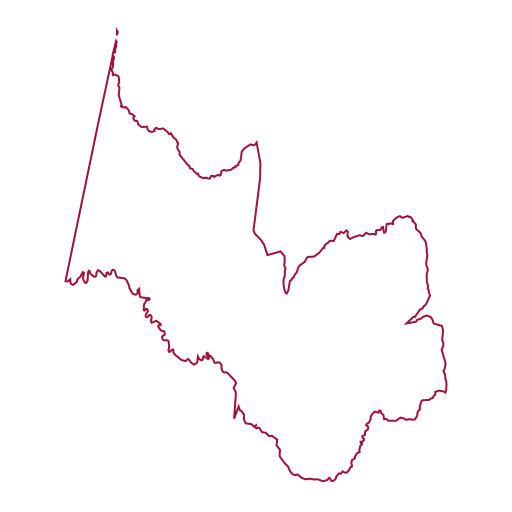 Coxim, Mato Grosso do Sul, Brazil (Equal Earth projection)
{"feature_id": "56859067B2559319027798", "entity_name": "Coxim", "entity_type": "district", "adm_level": 2, "iso_a3": "BRA", "parent_name": "Brazil", "parent_adm1": "Mato Grosso do Sul", "projection": "equal_earth", "projection_center": [-54.652, -18.188], "detail": "fine", "context": "isolated", "style": "outline", "palette": "rose", "viewbox_px": 512, "rotation_deg": 0, "n_neighbors": 0, "source": "geoboundaries", "source_scale": "gbopen_adm2", "svg_char_len": 6072}
<svg xmlns="http://www.w3.org/2000/svg" viewBox="0 0 512 512"><path d="M407.7,216.0L402.4,217.8L400.0,216.2L399.0,216.4L396.5,217.7L392.8,221.2L393.1,224.1L390.8,223.3L388.9,224.0L387.4,223.7L386.6,224.4L385.8,231.4L385.1,232.5L383.9,232.5L383.0,227.0L381.8,227.3L380.4,230.0L376.6,230.2L375.9,231.3L376.2,233.4L375.6,234.6L373.3,233.9L369.0,234.3L366.0,232.7L363.6,235.6L362.4,236.1L359.8,235.2L353.4,237.2L350.1,239.0L348.2,237.4L347.4,235.7L347.8,231.7L346.5,230.4L343.7,233.0L340.4,231.8L339.3,234.1L337.0,233.9L333.8,241.0L329.9,240.7L328.1,242.7L325.2,244.7L324.4,245.8L324.3,247.8L323.3,247.7L319.0,253.0L314.0,256.6L307.9,256.9L306.3,258.6L304.8,261.9L299.6,265.5L298.2,267.7L296.7,272.4L295.0,274.4L293.6,277.3L292.0,278.6L291.5,279.9L289.9,281.0L288.3,290.5L286.8,293.5L285.5,292.6L284.3,289.1L283.4,283.0L283.8,278.5L284.8,276.2L284.8,271.0L285.6,268.2L284.4,266.2L284.2,264.2L284.6,262.5L284.6,256.3L280.5,251.4L267.5,255.1L264.0,244.5L260.7,239.6L254.9,233.7L253.5,230.4L260.1,178.4L260.4,163.1L256.6,142.5L255.2,144.5L253.9,145.3L250.5,144.4L244.4,148.4L241.8,151.5L240.6,160.3L238.2,163.7L238.3,165.0L236.2,165.9L235.7,167.0L234.7,166.7L234.1,167.8L232.9,167.9L231.5,169.7L226.1,170.7L224.2,169.9L223.0,170.4L221.6,171.0L220.6,175.1L219.5,175.7L218.6,174.9L216.6,175.4L214.1,177.0L213.2,175.9L211.1,176.0L209.9,178.5L208.1,178.5L206.2,177.6L203.5,178.3L199.6,176.5L198.8,175.8L198.1,173.6L197.2,174.1L193.9,171.2L192.7,169.1L189.9,168.2L189.3,166.0L187.6,164.7L179.6,154.9L179.6,152.0L177.6,148.9L177.2,147.1L178.1,142.9L177.0,141.9L176.2,139.6L173.5,137.6L170.8,133.2L169.8,134.2L168.6,133.8L168.0,132.4L163.3,128.5L158.7,129.1L156.1,127.8L154.2,129.8L154.4,131.2L151.6,131.9L148.8,131.0L147.6,129.3L147.0,126.6L141.8,127.1L138.4,124.6L137.4,121.2L134.7,120.7L133.3,118.5L133.6,116.9L134.5,116.1L132.1,114.2L129.5,113.4L128.8,110.3L125.8,107.0L124.6,107.6L122.4,106.7L121.6,107.1L120.9,106.0L121.7,105.3L118.7,94.9L119.4,88.8L119.3,87.1L118.3,85.6L118.3,84.1L119.2,82.7L118.8,77.3L118.3,76.2L115.0,74.6L113.1,75.2L112.7,73.5L113.0,72.4L111.9,71.1L111.5,69.4L113.0,66.7L113.1,61.1L114.1,57.6L112.8,55.3L97.6,126.1L65.5,281.1L67.5,281.6L70.3,279.3L70.4,282.5L71.3,284.1L73.1,284.9L76.9,281.7L77.3,279.4L80.5,276.6L82.7,272.2L84.0,272.7L83.0,277.9L83.6,280.6L85.2,282.8L86.1,283.0L87.6,280.5L88.0,273.0L88.7,270.7L89.7,271.2L90.3,273.8L94.4,276.9L95.8,276.4L96.4,275.0L96.3,273.1L97.9,270.2L99.9,271.1L105.0,276.6L105.9,276.5L106.6,272.9L107.7,272.4L109.0,274.4L109.9,274.7L110.9,274.0L111.7,270.8L112.5,269.9L113.9,269.8L114.9,271.1L116.5,276.3L117.5,277.4L124.6,278.4L126.7,280.4L129.2,286.1L129.3,287.9L132.6,293.6L135.4,294.7L136.6,294.3L137.6,293.1L137.5,290.3L139.1,288.8L139.8,296.0L140.6,297.2L146.8,298.2L148.8,298.0L149.7,298.9L148.6,300.2L146.4,300.0L145.3,302.6L144.4,303.5L143.9,305.9L143.8,310.1L144.7,310.5L146.2,308.8L147.4,309.3L147.9,311.2L145.7,314.8L145.7,316.2L146.5,317.2L147.4,317.2L149.4,315.0L150.5,315.0L151.4,316.1L151.7,317.5L150.9,321.1L151.7,322.7L156.3,320.8L160.3,323.7L160.7,324.9L158.4,325.4L158.3,326.9L161.0,330.5L164.0,331.3L164.8,332.6L164.6,335.0L162.6,335.9L162.0,336.8L162.2,338.1L163.1,339.7L164.0,340.3L167.7,340.4L168.6,341.4L169.2,347.5L168.4,350.1L169.0,351.8L169.9,351.8L172.0,349.7L173.3,349.7L173.4,352.4L175.3,355.0L181.5,360.0L185.2,361.0L186.4,360.5L187.8,359.0L189.2,359.9L190.9,362.5L194.0,364.6L197.2,362.7L197.9,356.5L199.4,359.3L201.5,360.3L202.9,359.5L202.9,357.3L203.8,356.1L208.0,359.1L209.0,358.5L208.7,357.2L206.5,354.9L206.6,353.1L207.6,352.8L208.3,354.5L210.9,356.5L213.4,359.7L214.3,362.4L215.6,363.0L217.9,362.3L219.4,362.5L220.9,363.9L221.6,365.3L221.4,368.2L222.6,371.4L224.2,372.5L226.3,372.3L227.7,373.1L234.8,380.6L236.1,383.1L233.6,387.9L235.6,391.7L235.9,393.8L234.1,418.7L238.6,406.5L239.9,410.3L241.3,410.8L244.0,414.8L243.9,418.9L245.0,422.2L245.9,423.4L251.5,424.1L253.9,426.6L255.8,425.4L255.4,427.4L256.3,428.4L258.4,427.6L259.4,428.0L261.9,432.1L266.0,432.9L268.9,436.0L272.0,435.9L277.2,439.6L276.5,445.3L280.0,449.8L279.6,455.5L280.1,457.0L285.1,463.7L287.9,466.3L290.1,471.4L292.7,474.3L295.2,475.2L297.6,474.5L301.6,477.8L305.4,479.3L310.2,478.7L314.0,479.5L317.9,479.3L323.0,481.3L327.3,480.0L329.1,477.8L330.2,478.5L331.2,480.7L332.3,481.1L334.5,480.1L335.7,478.7L336.2,476.7L338.9,473.4L341.0,473.7L342.7,471.4L344.7,472.6L346.7,472.6L348.4,471.1L350.7,466.9L351.6,466.9L352.1,465.8L351.3,463.0L352.0,460.1L354.9,458.3L355.0,456.6L357.0,453.3L359.6,452.1L359.3,450.3L360.4,445.5L361.5,445.1L362.2,443.5L360.9,443.2L360.5,441.9L362.9,441.2L364.0,440.2L363.9,439.0L362.5,437.5L362.4,436.0L364.7,435.1L365.1,433.9L364.9,432.4L365.4,431.1L367.6,429.7L368.4,427.9L367.8,426.3L366.0,425.1L366.7,423.9L368.9,422.7L370.7,419.0L370.7,416.7L372.4,413.8L374.9,411.6L378.3,412.7L379.3,410.5L380.6,410.8L380.9,412.8L383.4,415.0L384.1,419.1L386.2,418.8L388.2,420.7L395.9,420.8L400.6,417.6L404.5,418.7L405.8,419.8L410.0,419.1L412.3,419.8L414.9,419.4L417.2,415.8L417.5,412.4L418.2,411.0L420.0,409.5L419.6,408.1L419.8,406.7L421.4,401.2L422.5,400.3L429.2,399.9L431.3,398.3L432.6,398.2L433.8,395.8L435.2,394.8L435.3,391.9L438.9,390.6L444.4,391.7L445.4,392.6L446.2,390.3L446.5,384.2L446.1,380.6L445.4,379.1L445.2,375.3L443.5,371.0L444.8,368.4L445.6,363.3L441.6,349.4L443.3,346.4L443.3,344.5L443.3,342.5L442.2,340.4L443.1,330.5L441.9,325.9L434.2,323.7L433.4,322.9L432.7,320.3L431.4,318.0L430.4,316.9L426.7,315.5L422.9,317.0L420.9,318.7L417.1,319.9L416.0,321.8L406.5,323.4L413.4,316.9L414.9,316.9L419.8,309.8L422.7,308.2L423.7,306.2L425.0,305.6L427.1,302.1L430.0,295.5L428.6,291.4L428.7,289.7L427.7,288.8L428.2,285.7L426.8,282.3L426.7,274.0L427.8,270.1L427.5,267.8L426.4,265.8L426.1,263.4L427.4,255.1L426.7,252.1L426.9,250.0L425.9,243.0L425.1,240.7L421.6,236.5L421.1,234.2L420.0,232.4L416.5,229.4L415.9,228.1L415.8,224.4L413.6,221.8L412.5,221.4L413.1,220.4L411.0,217.5L410.0,216.8L409.0,217.0L407.7,216.0ZM113.0,53.4L115.1,52.2L115.3,49.1L116.4,45.9L115.8,44.6L116.7,42.2L116.1,41.0L113.0,53.4ZM116.9,35.4L117.7,32.0L117.0,30.7L116.9,35.4Z" fill="none" stroke="#9f1239" stroke-width="2"/></svg>